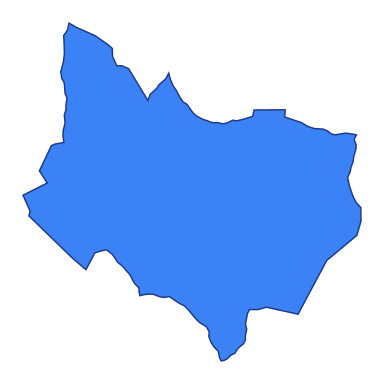 outline of Guairaçá, Paraná, Brazil
{"feature_id": "56859067B94709735368229", "entity_name": "Guairaçá", "entity_type": "district", "adm_level": 2, "iso_a3": "BRA", "parent_name": "Brazil", "parent_adm1": "Paraná", "projection": "mercator", "projection_center": [-52.742, -22.92], "detail": "fine", "context": "isolated", "style": "filled", "palette": "blue", "viewbox_px": 384, "rotation_deg": 0, "n_neighbors": 0, "source": "geoboundaries", "source_scale": "gbopen_adm2", "svg_char_len": 1810}
<svg xmlns="http://www.w3.org/2000/svg" viewBox="0 0 384 384"><path d="M221.1,360.9L224.5,360.3L227.6,358.5L231.0,355.0L234.6,353.5L238.2,348.1L243.4,343.8L245.4,340.0L245.3,336.0L246.7,329.3L245.5,324.0L247.5,313.3L249.7,309.5L253.9,309.6L258.5,309.5L266.3,307.2L298.1,314.2L300.7,309.2L326.8,260.3L332.3,255.9L337.4,251.6L356.8,235.4L361.0,221.1L360.8,207.5L356.6,203.1L353.2,197.0L349.5,186.2L347.6,177.5L350.1,171.9L351.1,166.8L352.9,162.5L353.8,156.4L355.9,149.2L356.2,145.0L354.1,139.3L356.4,134.8L352.3,134.1L345.8,133.1L335.4,134.8L331.5,134.1L327.5,130.9L323.1,129.1L314.6,128.6L307.9,126.5L301.4,122.6L284.7,117.0L285.2,109.8L254.1,110.0L252.7,116.3L244.4,119.0L236.3,120.9L232.9,120.2L226.3,123.2L222.6,123.8L217.4,122.5L213.8,122.8L210.6,122.2L207.2,120.7L202.8,119.4L196.3,115.8L193.3,113.2L189.4,107.9L187.0,104.3L182.8,101.8L179.8,97.0L175.9,89.8L172.9,85.5L170.3,79.1L168.7,73.2L165.8,78.7L158.8,85.0L156.7,88.4L150.2,94.3L147.9,100.5L128.6,68.7L121.6,65.7L116.9,65.9L112.5,56.5L112.3,48.5L108.3,44.9L95.1,35.7L76.6,27.5L69.0,23.1L67.6,29.6L65.9,32.6L63.7,35.3L64.1,43.2L64.4,54.0L63.4,61.7L60.8,71.8L61.8,78.5L64.1,82.5L64.6,86.3L65.1,93.6L67.1,98.1L66.0,104.3L65.9,110.2L64.3,114.8L65.1,123.2L63.2,130.4L63.0,136.2L63.9,142.5L54.7,144.1L51.4,145.7L39.4,170.9L47.2,183.0L23.0,195.2L30.1,211.1L28.9,215.9L72.0,257.7L85.9,269.7L94.9,252.8L101.2,250.9L106.5,249.8L112.4,254.4L115.5,258.9L117.7,262.4L122.9,266.4L126.9,271.4L130.1,275.0L132.9,280.7L135.4,284.4L138.9,287.8L139.1,291.4L139.8,295.6L146.0,294.3L150.3,294.0L154.0,294.5L159.9,296.8L163.4,297.4L169.4,296.6L176.1,301.2L179.5,303.4L184.3,305.8L187.8,309.2L196.3,319.4L199.5,322.4L206.4,326.8L209.2,331.8L208.8,336.4L210.9,342.0L214.3,347.3L218.2,351.1L219.5,357.5L221.1,360.9Z" fill="#3b82f6" stroke="#1e3a8a" stroke-width="1.5"/></svg>